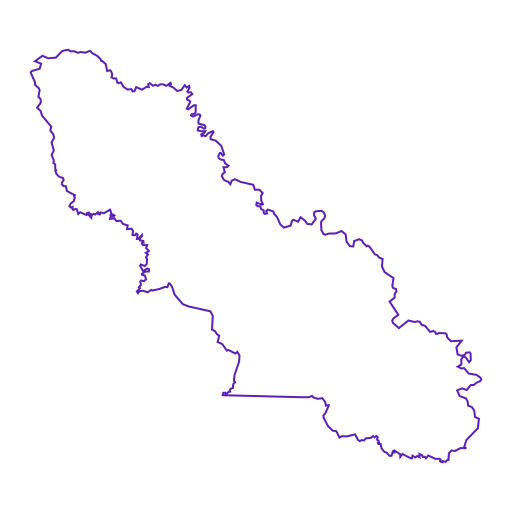 outline of Tchologo, Savanes, Ivory Coast
{"feature_id": "98640826B18937667882346", "entity_name": "Tchologo", "entity_type": "district", "adm_level": 2, "iso_a3": "CIV", "parent_name": "Ivory Coast", "parent_adm1": "Savanes", "projection": "mercator", "projection_center": [-4.919, 9.548], "detail": "fine", "context": "isolated", "style": "outline", "palette": "violet", "viewbox_px": 512, "rotation_deg": 0, "n_neighbors": 0, "source": "geoboundaries", "source_scale": "gbopen_adm2", "svg_char_len": 5975}
<svg xmlns="http://www.w3.org/2000/svg" viewBox="0 0 512 512"><path d="M367.8,245.7L366.7,246.3L363.1,242.8L362.0,240.4L359.1,239.2L354.1,241.1L353.3,246.5L349.8,246.1L346.6,241.7L345.6,234.4L341.5,231.0L335.8,233.4L328.5,233.6L325.5,234.7L323.6,234.1L321.4,230.2L321.0,222.7L321.6,221.0L324.5,218.1L325.1,215.7L324.0,212.7L321.6,210.8L315.9,211.3L314.3,212.2L314.0,214.9L315.8,218.9L311.7,224.4L307.3,223.9L304.9,220.6L300.6,217.2L298.1,221.7L293.3,219.7L292.0,220.9L290.6,225.6L283.9,227.6L280.4,224.6L277.1,217.1L274.2,213.9L273.3,211.4L267.8,209.6L266.2,211.1L267.1,213.4L264.6,213.9L263.7,212.9L263.8,210.5L261.1,209.0L260.4,206.4L257.7,206.2L256.3,205.0L256.7,202.6L261.8,204.6L262.9,204.3L261.3,200.7L261.0,196.1L262.7,193.1L259.3,189.7L254.9,189.8L253.3,184.8L240.5,181.9L234.9,179.2L231.8,180.6L230.3,184.3L228.3,181.8L224.1,180.1L221.8,176.3L222.5,174.1L224.8,172.2L223.5,167.2L227.0,167.2L228.5,165.8L225.0,163.2L223.9,160.1L220.4,159.4L218.7,158.0L218.3,156.2L219.8,153.0L220.7,152.9L222.9,155.7L224.2,154.5L221.3,145.9L215.7,140.6L210.6,139.2L210.4,137.0L213.5,132.1L212.9,131.1L208.1,133.3L205.7,136.1L203.4,135.5L201.6,136.0L201.2,134.4L204.1,133.0L205.2,131.1L201.6,131.3L197.7,130.4L198.4,127.2L201.0,126.7L203.9,128.7L205.2,128.2L205.4,126.5L204.4,125.1L198.5,123.6L198.4,120.4L200.4,115.8L199.8,114.6L198.2,114.2L192.9,116.6L191.0,115.4L191.6,114.2L194.3,113.7L195.6,112.5L195.8,105.3L194.2,105.1L188.2,109.3L186.8,108.7L190.2,101.9L189.6,100.7L187.2,99.8L186.8,98.1L192.3,94.1L191.0,92.3L188.4,92.5L187.4,91.7L189.5,87.7L189.2,85.9L186.7,87.5L184.8,85.2L181.5,89.8L177.3,91.0L173.5,87.6L169.7,85.9L171.1,83.9L170.5,82.8L166.3,85.9L163.2,84.3L160.1,84.4L157.8,85.9L155.5,84.8L153.0,85.7L149.7,83.1L148.2,84.2L148.8,87.1L146.6,86.8L141.9,89.7L136.2,87.1L134.6,91.0L132.7,91.4L131.4,89.2L127.5,89.5L123.6,86.9L120.8,82.3L118.6,83.2L117.3,82.6L116.2,78.4L113.4,78.5L111.5,77.3L112.3,74.5L111.2,71.5L110.1,70.2L107.2,71.0L105.7,64.1L102.3,61.1L101.0,60.8L100.6,59.1L97.4,56.0L92.3,53.2L90.1,50.8L85.2,52.7L80.5,52.0L77.9,52.8L74.2,51.2L70.6,51.4L68.4,49.8L63.9,50.5L61.6,51.6L55.9,57.6L48.2,58.3L42.5,55.8L35.0,61.2L41.1,63.7L39.7,68.7L31.7,71.1L30.7,72.6L35.0,82.3L34.9,84.7L38.9,88.3L39.6,90.3L38.4,96.9L40.6,99.0L40.8,102.6L37.1,107.8L40.5,110.8L42.1,115.7L51.3,126.7L50.3,130.5L53.3,134.3L54.1,137.7L51.6,142.5L53.8,150.5L51.6,155.0L53.8,160.4L53.4,163.0L55.2,164.3L55.2,168.7L56.1,170.2L55.3,170.7L56.5,174.0L59.0,176.6L63.1,178.1L63.7,180.0L61.9,182.7L61.9,184.3L63.4,186.0L65.9,186.3L66.9,191.0L74.8,195.2L74.0,196.0L74.8,197.7L73.6,201.4L70.8,203.4L69.4,206.2L70.7,207.5L72.6,206.9L72.4,209.0L73.3,210.0L75.3,208.9L76.9,209.4L78.2,214.0L80.2,212.2L86.5,215.0L87.0,213.0L89.8,212.4L88.4,213.3L88.3,214.5L91.3,217.8L91.5,215.0L90.0,213.7L92.3,214.8L93.9,213.8L95.2,214.5L98.1,212.2L98.8,213.3L97.8,213.7L99.7,214.5L100.8,212.4L103.8,213.3L110.0,209.7L111.3,212.9L110.6,214.8L112.1,215.6L112.9,214.5L114.5,215.5L113.7,216.4L110.8,216.2L110.0,218.9L114.4,218.4L116.5,221.1L120.7,220.7L122.9,223.9L127.7,225.4L127.0,229.1L131.4,228.7L133.0,230.8L132.5,235.0L135.2,235.2L136.2,233.6L137.7,234.5L136.9,239.0L138.3,238.9L142.0,234.9L142.1,236.0L140.0,238.1L140.0,240.4L143.3,240.9L143.5,242.3L142.6,241.8L141.8,243.6L143.1,245.1L147.2,245.1L146.1,248.0L148.9,251.0L145.8,252.9L148.0,254.5L146.0,257.2L147.1,259.0L146.7,264.1L144.8,266.0L140.8,264.5L140.1,265.9L143.1,271.0L147.0,268.6L148.8,269.0L149.2,270.3L148.8,271.5L145.6,271.5L141.9,273.9L142.1,274.9L145.0,275.6L146.0,279.4L144.1,281.1L141.2,280.5L140.3,281.4L140.9,284.9L138.9,287.2L140.0,288.2L136.8,291.4L138.0,293.2L139.2,291.3L142.8,290.7L147.7,292.2L151.2,289.9L152.2,290.5L159.1,289.1L165.2,286.8L167.4,287.2L168.8,283.3L169.7,283.5L171.9,286.5L174.7,294.8L182.9,304.2L188.8,306.5L210.3,311.3L212.8,315.8L212.0,329.5L214.8,331.0L217.0,334.2L219.2,335.7L217.6,342.0L222.3,344.1L226.8,350.6L228.5,350.0L235.3,353.5L237.4,351.9L239.5,355.5L239.1,361.6L234.6,374.9L233.9,380.9L235.1,382.2L233.2,384.1L232.9,388.0L230.5,388.9L229.7,390.6L230.1,391.6L228.2,392.1L226.0,394.6L225.3,392.8L223.3,392.8L222.7,395.2L300.9,397.2L308.9,397.2L312.1,395.9L313.5,397.5L317.8,398.8L322.3,398.2L325.3,402.2L325.9,405.6L328.7,405.0L328.7,405.6L325.6,412.8L323.4,415.5L323.5,417.4L327.8,425.8L332.6,430.6L336.3,431.2L339.5,437.6L341.9,436.2L346.8,436.4L355.0,434.4L358.0,439.9L359.9,441.2L361.4,440.1L364.2,440.4L365.7,438.4L370.9,437.9L373.2,436.0L374.6,437.3L376.3,436.0L377.7,437.1L377.0,439.6L378.7,441.0L379.0,442.3L377.9,442.8L378.4,444.0L380.6,444.0L381.4,448.1L384.1,451.6L386.9,452.9L389.4,455.8L391.5,455.8L392.4,452.6L394.0,452.5L393.1,451.1L394.2,450.4L400.1,454.2L400.3,456.9L402.4,454.0L411.0,458.4L412.0,458.2L412.5,455.7L415.3,457.5L417.2,456.0L419.6,457.3L419.4,453.9L422.2,455.4L422.8,456.9L424.8,456.8L426.0,458.3L428.2,455.5L435.5,458.9L439.4,458.8L440.5,459.4L440.1,461.3L441.7,462.1L442.5,462.2L442.6,461.0L445.6,461.9L447.7,459.6L448.5,459.9L448.9,453.3L451.5,450.5L454.9,451.0L460.4,448.1L466.3,448.2L464.2,447.0L466.3,440.1L477.9,428.2L478.9,418.7L475.0,417.0L474.2,410.5L471.9,407.1L468.1,405.6L467.6,401.3L466.0,398.4L459.7,396.1L457.1,390.4L462.1,388.4L466.7,390.0L470.7,385.1L474.0,384.9L476.3,382.8L480.2,381.1L481.3,379.3L480.3,377.6L476.6,374.9L468.6,373.5L464.0,368.0L461.6,368.6L457.7,366.6L461.3,364.6L461.3,359.3L462.8,357.1L464.2,356.7L465.9,357.6L469.1,362.2L470.8,360.1L470.6,353.6L469.6,352.3L466.0,352.7L465.1,354.6L463.3,355.4L460.9,355.7L457.6,354.4L456.4,347.3L461.7,340.7L450.9,341.2L447.3,337.5L446.6,334.4L445.4,333.3L438.9,333.0L437.2,334.0L435.8,333.7L435.5,332.3L433.4,331.0L430.0,331.9L425.3,326.0L421.6,324.8L419.9,321.8L417.5,321.3L414.7,322.0L408.4,320.5L398.9,328.1L392.9,322.9L392.2,320.8L393.1,318.7L398.3,314.8L389.6,301.6L394.6,297.6L394.7,293.7L396.5,291.3L395.9,288.8L393.4,288.3L392.3,286.2L393.5,278.1L384.6,272.1L382.0,266.6L382.6,258.9L379.3,257.7L377.2,255.2L374.8,254.3L369.6,246.8L367.8,245.7Z" fill="none" stroke="#5b21b6" stroke-width="2"/></svg>